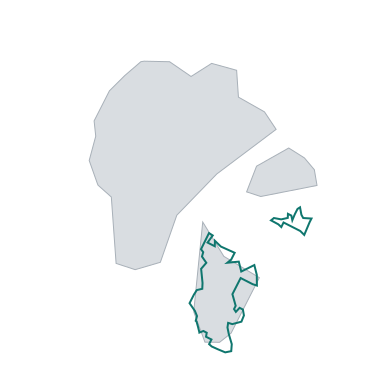 Islands highlighted on a map of Hong Kong S.A.R., rotated 297°
{"feature_id": "HKG-5170", "entity_name": "Islands", "entity_type": "state/province", "adm_level": 1, "iso_a3": "HKG", "parent_name": "Hong Kong S.A.R.", "parent_adm1": "", "projection": "natural_earth1", "projection_center": [113.979, 22.247], "detail": "fine", "context": "in_parent", "style": "outline", "palette": "teal", "viewbox_px": 384, "rotation_deg": 297, "n_neighbors": 0, "source": "natural_earth", "source_scale": "10m", "svg_char_len": 1598}
<svg xmlns="http://www.w3.org/2000/svg" viewBox="0 0 384 384"><g transform="rotate(297 192 192)"><path d="M155.4,105.2L156.8,103.6L173.4,86.1L198.0,80.9L210.9,72.5L244.7,72.5L265.4,79.3L284.9,87.3L286.8,89.9L297.9,112.9L294.5,138.7L315.5,151.1L320.7,176.5L297.6,190.3L296.3,220.2L286.0,238.5L219.3,205.9L164.4,189.0L115.0,195.7L97.0,176.6L93.9,156.8L150.9,122.4L155.4,105.2ZM146.2,290.9L84.0,290.9L70.6,284.8L64.1,271.7L86.1,247.9L170.1,215.2L149.1,249.6L146.2,290.9ZM267.4,290.9L254.6,300.4L219.2,255.3L216.9,240.6L244.3,237.8L275.1,258.2L273.4,276.7L267.4,290.9Z" fill="#d9dde1" stroke="#a8b0b8" stroke-width="1"/><path d="M68.0,299.2L64.2,294.4L63.6,286.3L63.3,279.7L64.2,276.3L69.4,276.3L69.4,270.2L73.3,269.0L73.3,265.2L70.1,262.4L70.4,262.2L74.9,258.3L78.6,254.9L78.9,253.8L83.7,252.8L87.4,248.5L91.8,240.3L101.5,240.3L106.8,240.8L110.4,245.1L115.7,242.7L127.7,235.0L135.4,236.9L139.0,230.2L143.5,229.3L145.1,226.0L163.1,225.8L162.7,230.2L154.0,228.8L154.0,236.9L158.9,234.6L156.5,242.5L157.2,257.6L149.6,257.6L145.0,255.6L151.2,265.3L143.5,272.0L155.2,280.7L147.5,287.4L138.1,292.3L137.4,287.9L137.4,274.4L131.4,274.4L126.5,274.4L119.3,274.4L110.4,282.6L106.8,282.6L105.1,285.5L110.4,287.0L110.4,290.7L105.6,294.3L98.9,294.9L92.6,287.9L91.8,283.6L87.4,285.1L82.1,289.3L74.5,296.5L68.0,299.2ZM218.5,310.5L204.7,311.5L206.4,306.2L206.4,287.4L201.3,287.5L202.4,283.6L202.6,275.3L206.0,276.8L208.1,283.9L212.4,289.1L216.1,287.4L216.1,291.2L212.4,294.2L218.9,293.7L224.8,293.7L227.4,295.2L221.4,299.8L219.3,302.9L222.6,310.5L218.5,310.5Z" fill="none" stroke="#0f766e" stroke-width="2"/></g></svg>